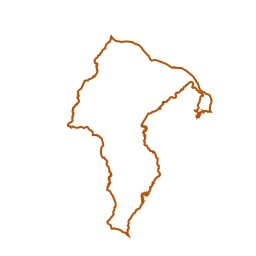 La Gloria, Cesar, Colombia, rotated 135°
{"feature_id": "7082276B41841222112107", "entity_name": "La Gloria", "entity_type": "district", "adm_level": 2, "iso_a3": "COL", "parent_name": "Colombia", "parent_adm1": "Cesar", "projection": "orthographic", "projection_center": [-73.641, 8.636], "detail": "fine", "context": "isolated", "style": "outline", "palette": "amber", "viewbox_px": 256, "rotation_deg": 135, "n_neighbors": 0, "source": "geoboundaries", "source_scale": "gbopen_adm2", "svg_char_len": 5803}
<svg xmlns="http://www.w3.org/2000/svg" viewBox="0 0 256 256"><g transform="rotate(135 128 128)"><path d="M45.4,117.6L46.3,127.1L47.7,132.4L51.7,136.9L52.2,138.1L52.6,137.8L54.2,139.4L55.7,146.2L57.6,150.8L60.5,156.7L63.7,159.1L63.6,161.2L62.4,164.1L62.6,166.5L62.3,171.2L61.6,176.0L61.7,179.0L64.0,183.9L63.9,185.1L64.8,186.4L67.8,190.3L71.8,193.4L73.1,195.6L75.0,197.8L75.5,201.4L75.1,204.7L76.2,204.3L77.4,202.8L78.2,202.7L79.6,201.8L80.1,202.3L81.5,202.2L83.8,202.6L86.2,201.6L87.6,200.5L87.9,200.9L89.2,200.7L90.7,201.2L93.5,200.1L94.8,200.4L96.2,199.6L97.8,200.3L98.9,199.6L102.2,199.8L103.1,199.5L103.9,199.6L105.3,197.2L105.3,196.6L104.3,195.9L104.4,194.8L104.7,194.7L105.0,194.3L105.6,194.4L105.6,194.0L106.1,193.6L107.0,193.8L107.2,192.8L107.9,192.3L108.3,191.5L109.0,191.2L109.0,190.0L109.3,189.7L112.6,188.4L113.4,188.6L114.2,188.1L115.3,188.0L115.9,188.2L115.7,188.9L116.0,189.1L117.4,188.5L119.2,189.0L121.5,190.2L122.8,189.9L124.0,191.3L125.5,192.0L126.2,191.3L128.9,190.8L129.3,190.3L130.3,189.8L131.2,189.8L132.0,189.2L134.0,188.9L135.2,189.4L137.7,189.2L139.0,187.1L139.7,187.2L140.3,186.1L140.2,185.6L140.9,185.7L141.1,185.2L142.4,185.3L142.7,183.3L143.4,181.9L144.2,181.3L145.6,181.0L146.3,181.3L147.4,181.3L147.7,180.7L149.0,181.4L151.5,180.6L151.8,181.0L152.9,181.0L154.0,179.6L154.4,179.8L155.8,178.7L155.8,177.6L156.2,176.8L156.8,176.9L157.0,176.2L158.3,175.6L159.0,175.7L159.0,175.1L161.0,174.0L161.2,173.3L162.1,172.4L163.7,172.2L164.7,172.7L167.1,173.1L167.9,173.1L168.9,172.0L167.7,170.1L168.1,169.4L167.7,168.1L166.2,168.3L165.8,168.0L165.2,166.0L164.5,164.9L163.4,163.7L160.4,162.2L159.2,159.0L157.8,158.6L155.9,157.5L156.4,154.6L156.3,153.4L155.9,152.6L155.8,150.2L158.0,147.8L156.5,146.6L154.8,144.7L155.1,144.0L154.3,143.2L154.2,141.4L154.4,140.6L153.9,139.9L155.2,137.0L157.9,133.0L159.0,133.2L160.9,132.8L164.4,130.1L166.2,127.3L166.9,124.6L165.8,124.1L166.2,122.3L166.0,120.2L166.2,119.1L168.7,117.7L169.3,116.3L169.4,113.8L171.1,111.1L172.2,110.4L171.8,108.7L172.4,107.6L173.0,107.4L172.9,106.7L173.5,106.8L173.9,106.4L174.2,106.9L175.3,106.2L176.3,106.8L177.3,106.1L177.2,105.6L177.7,105.6L178.2,104.7L177.8,104.1L179.2,103.0L179.2,101.7L180.2,101.5L180.3,102.4L180.7,102.6L181.3,101.9L182.0,101.7L182.2,100.8L182.9,101.0L183.4,100.6L183.8,101.1L186.4,98.9L186.0,98.5L185.5,95.7L186.4,93.1L186.6,90.9L188.0,88.1L188.1,87.1L188.7,86.4L190.0,83.4L192.4,81.2L193.1,81.1L193.8,81.5L195.5,79.7L197.5,79.3L198.8,78.0L199.1,77.1L202.4,76.6L203.0,76.8L205.2,76.2L208.9,76.4L209.5,75.0L209.6,73.9L209.0,71.5L210.6,68.8L210.6,67.9L208.9,67.1L208.5,66.6L207.8,64.8L206.9,63.9L205.5,60.9L205.3,57.7L203.8,55.8L204.2,53.7L203.8,51.3L202.5,54.6L201.3,55.0L200.5,56.1L199.9,56.4L198.4,56.4L197.2,58.0L197.3,58.9L194.9,59.9L194.1,61.3L192.8,62.2L189.7,62.2L188.2,62.9L184.9,63.6L183.0,63.1L181.0,63.8L180.7,64.2L179.9,63.9L179.1,64.1L178.3,63.5L176.4,63.0L174.7,63.5L173.9,64.0L171.6,64.3L171.0,64.6L170.8,65.0L170.6,64.6L169.8,64.5L169.3,64.9L169.4,65.6L168.8,65.5L169.2,66.2L169.1,67.0L168.4,67.5L167.8,66.9L167.1,67.3L167.6,68.0L168.2,67.9L168.3,68.2L167.4,68.5L167.3,68.9L166.8,68.5L166.4,68.7L165.8,69.9L166.1,70.4L165.4,70.4L165.5,70.9L165.0,71.3L163.9,71.2L164.1,70.4L163.5,69.9L162.6,70.3L162.8,69.4L161.5,69.3L162.6,68.3L161.8,67.7L161.9,67.4L162.8,67.3L162.3,66.7L161.9,66.8L161.5,67.3L160.0,66.8L159.4,67.5L159.5,68.4L158.9,68.0L157.5,68.2L157.3,67.9L156.7,68.4L155.2,68.8L155.0,69.9L154.4,70.5L153.8,70.5L153.2,69.9L151.4,70.2L151.0,70.7L150.5,70.5L149.9,71.0L149.4,70.9L149.7,71.7L149.0,72.2L148.3,71.6L146.9,71.8L146.4,72.3L144.9,72.7L143.6,72.4L142.4,72.7L139.9,71.9L139.3,72.6L138.6,72.2L138.1,72.4L137.4,74.2L137.4,75.8L135.9,77.5L135.0,77.4L133.8,78.9L132.8,79.3L133.2,80.4L132.5,82.2L131.0,83.5L130.1,83.9L128.5,85.5L129.0,86.9L127.3,89.9L126.5,92.5L126.7,93.3L127.6,93.1L127.4,94.7L128.6,96.3L127.8,98.1L128.4,98.7L127.8,100.2L127.7,101.4L127.1,102.3L128.2,103.5L128.0,104.9L126.1,105.9L125.9,107.7L123.6,108.3L122.9,109.2L122.4,109.3L122.1,111.0L121.8,110.9L121.6,110.0L121.1,110.2L120.6,112.8L120.9,113.3L120.3,114.3L119.5,114.4L119.6,114.1L120.3,114.0L120.2,113.6L119.2,113.9L118.2,113.7L118.1,114.2L117.3,113.4L116.5,113.9L116.5,114.5L115.8,114.7L115.5,114.6L115.6,114.1L114.9,114.4L114.3,115.5L114.7,115.9L114.8,117.4L115.4,117.7L115.9,117.2L115.9,117.9L116.2,118.2L116.0,118.7L116.6,118.7L117.0,119.1L116.4,119.8L116.5,120.2L115.7,120.2L115.6,120.8L103.2,123.8L102.9,123.2L101.4,122.3L99.2,122.2L97.9,121.0L97.2,121.0L95.1,120.1L92.6,120.0L92.4,119.5L91.7,119.7L91.5,119.3L91.3,119.9L90.7,119.6L90.0,120.4L87.6,120.0L85.8,120.1L85.7,121.4L85.0,121.7L84.2,121.3L83.9,120.6L83.2,120.1L82.3,119.5L81.8,119.6L81.5,119.1L80.1,119.5L78.4,119.1L77.4,119.7L76.1,119.5L74.9,118.7L74.5,117.2L74.0,116.5L72.9,115.9L71.9,116.1L71.1,117.0L70.9,118.0L69.5,118.7L69.1,118.3L68.1,118.3L68.0,117.6L67.1,117.1L64.4,117.1L63.9,116.9L63.5,117.5L63.1,117.5L62.4,117.3L62.1,116.6L61.8,116.8L61.2,116.6L59.6,117.5L57.9,116.9L56.5,117.3L55.9,116.8L53.1,116.9L50.7,116.2L50.2,114.8L50.5,113.5L51.1,112.7L53.8,111.4L53.7,110.4L52.0,109.4L52.0,107.3L52.5,106.1L52.0,104.4L52.6,103.1L51.3,100.6L51.6,98.4L52.5,97.8L53.3,98.9L54.5,98.9L58.8,95.9L62.1,95.0L63.1,94.1L63.6,92.4L64.3,92.0L66.1,91.7L67.3,92.1L68.2,93.0L68.5,92.0L67.4,91.2L67.7,90.2L67.4,88.6L68.9,88.0L69.9,88.1L71.3,87.4L71.0,87.9L71.2,88.0L71.8,87.2L70.4,85.5L68.9,86.0L69.1,87.1L68.5,87.1L68.0,86.4L67.2,86.4L66.3,87.5L65.8,87.4L65.6,87.9L63.8,86.9L63.4,86.2L62.9,86.3L62.8,86.9L62.5,86.2L63.2,85.6L61.4,85.5L59.9,83.6L60.1,82.7L58.6,82.4L58.4,81.4L58.0,80.9L57.7,82.2L55.9,84.4L54.6,85.1L53.5,86.1L50.8,87.3L49.4,88.4L47.2,93.1L47.3,94.4L48.8,97.5L48.9,99.4L49.6,100.5L50.0,103.6L49.5,105.6L47.0,110.3L46.9,112.8L46.2,113.7L46.1,116.3L45.8,117.2L45.4,117.6Z" fill="none" stroke="#b45309" stroke-width="2"/></g></svg>